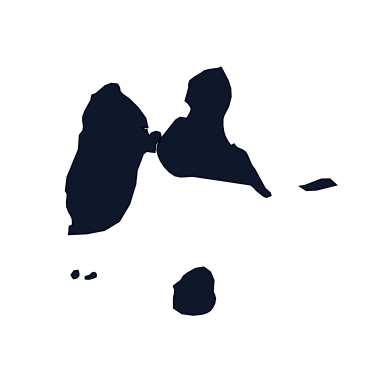 outline of Guadeloupe, rotated 23°
{"feature_id": "FRA-4603", "entity_name": "Guadeloupe", "entity_type": "Overseas department", "adm_level": 1, "iso_a3": "FRA", "parent_name": "France", "parent_adm1": "", "projection": "natural_earth1", "projection_center": [-61.48, 16.18], "detail": "fine", "context": "isolated", "style": "filled", "palette": "ink", "viewbox_px": 384, "rotation_deg": 23, "n_neighbors": 0, "source": "natural_earth", "source_scale": "10m", "svg_char_len": 2207}
<svg xmlns="http://www.w3.org/2000/svg" viewBox="0 0 384 384"><g transform="rotate(23 192 192)"><path d="M141.1,152.1L141.9,154.0L139.9,162.4L142.3,169.9L140.2,170.6L134.4,172.1L132.2,176.0L132.9,193.6L137.0,206.8L139.2,227.4L136.5,247.4L126.4,261.3L111.6,271.3L95.0,279.3L94.5,277.1L92.6,271.6L95.0,269.0L92.7,263.9L89.9,261.1L86.6,258.6L82.8,254.8L80.5,250.3L79.3,246.0L78.0,242.4L75.2,240.4L71.3,227.0L71.0,197.1L66.3,183.6L67.8,177.9L66.4,173.4L63.8,169.3L62.1,165.2L61.9,158.8L63.2,147.0L62.1,142.0L65.2,139.0L70.6,128.2L75.3,123.7L81.2,121.9L84.2,124.1L86.3,127.4L89.5,129.1L97.6,130.9L109.4,135.5L120.5,142.2L126.0,149.8L121.4,152.1L124.1,153.3L124.6,153.8L124.6,153.4L126.0,152.1L127.0,153.6L130.4,157.5L131.9,153.4L135.1,150.5L139.1,149.8L141.1,152.1ZM143.5,152.2L148.9,132.3L151.9,128.1L157.9,126.5L158.7,125.2L159.2,122.0L159.3,118.5L159.0,115.9L157.6,114.2L155.4,112.7L152.7,111.4L150.2,110.8L148.4,97.3L146.9,93.9L146.7,90.2L149.5,85.3L154.6,78.4L155.9,75.9L159.0,73.4L168.9,67.3L169.8,66.0L170.8,66.5L181.3,75.1L186.9,81.4L190.7,89.2L192.1,99.2L191.3,109.1L191.8,112.8L194.3,118.8L197.5,124.1L201.0,128.2L205.0,131.4L209.7,134.3L211.9,131.5L215.2,133.4L218.3,133.7L221.6,133.6L225.3,134.3L228.4,136.4L235.3,143.1L237.2,144.6L240.6,146.5L258.0,160.3L264.2,162.3L266.0,164.4L262.4,167.8L259.7,167.8L250.7,165.3L248.2,164.0L243.2,162.4L186.5,177.1L175.6,182.5L169.9,183.6L163.0,182.2L156.7,179.4L151.2,175.8L146.9,171.8L143.6,167.2L142.2,162.5L142.3,157.6L143.5,152.2ZM256.3,285.8L256.0,290.5L255.1,293.9L253.0,296.9L249.3,300.2L241.2,304.8L230.2,307.8L220.5,306.0L216.3,296.2L216.0,293.7L215.2,290.7L214.1,288.1L212.9,287.1L211.8,285.8L213.2,283.1L216.3,278.0L217.2,272.6L219.5,268.5L225.3,261.0L232.3,256.6L240.2,258.6L246.6,264.8L250.3,275.6L252.8,277.9L255.2,280.9L256.3,285.8ZM322.1,129.1L305.8,141.4L296.6,145.8L289.2,144.6L293.4,142.0L306.0,129.8L313.8,126.2L322.1,129.1ZM117.6,308.8L118.8,310.1L120.4,313.0L119.5,316.0L116.7,318.0L113.2,315.6L114.4,310.7L117.6,308.8ZM136.3,306.1L136.5,306.7L136.8,307.6L135.0,309.4L131.3,312.4L127.9,313.6L126.9,312.0L128.6,310.2L130.3,309.0L132.0,305.2L134.0,304.2L135.9,305.1L136.3,306.1Z" fill="#0f172a" stroke="#020617" stroke-width="1.5"/></g></svg>